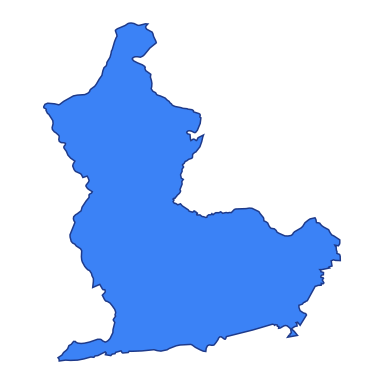 outline of Bozioru, Buzau, Romania
{"feature_id": "2599482B64947302268999", "entity_name": "Bozioru", "entity_type": "district", "adm_level": 2, "iso_a3": "ROU", "parent_name": "Romania", "parent_adm1": "Buzau", "projection": "robinson", "projection_center": [26.468, 45.407], "detail": "fine", "context": "isolated", "style": "filled", "palette": "blue", "viewbox_px": 384, "rotation_deg": 0, "n_neighbors": 0, "source": "geoboundaries", "source_scale": "gbopen_adm2", "svg_char_len": 5936}
<svg xmlns="http://www.w3.org/2000/svg" viewBox="0 0 384 384"><path d="M306.5,315.0L305.7,313.6L303.4,312.9L300.1,310.7L299.0,307.6L298.9,305.3L302.4,304.1L303.5,302.6L305.0,302.1L305.1,301.7L307.3,300.7L315.2,286.3L316.6,286.0L317.9,285.4L321.2,285.2L321.3,283.3L322.9,283.9L323.9,282.9L322.3,280.0L323.5,278.3L323.4,278.1L322.9,277.6L321.1,277.5L320.8,276.8L321.2,275.6L321.8,275.1L323.4,274.8L323.5,272.5L320.9,271.7L320.8,270.6L319.9,269.6L321.9,269.6L329.5,268.0L328.7,267.3L329.0,266.9L332.0,266.0L331.2,260.8L333.5,259.8L335.3,260.4L340.3,260.6L340.2,256.4L339.8,254.9L339.5,254.4L336.9,253.4L337.0,251.7L336.4,250.2L336.1,246.7L335.3,246.1L334.8,245.1L338.4,245.8L339.5,244.2L339.8,243.0L339.8,239.9L334.0,236.0L331.7,234.9L330.0,232.5L328.6,229.7L323.6,227.0L321.8,225.7L320.0,223.7L320.0,223.4L318.9,222.9L316.5,222.6L315.9,219.5L315.0,217.8L310.1,218.9L308.4,220.0L305.0,222.7L302.7,226.4L301.0,228.0L294.6,231.7L293.4,232.9L292.6,234.3L291.3,235.4L288.0,236.0L284.9,235.9L278.6,233.1L277.0,232.1L276.1,230.4L274.3,228.8L271.1,228.3L270.3,227.7L269.0,225.9L267.7,223.0L266.2,221.9L263.9,220.8L263.7,218.5L263.4,217.6L259.9,213.3L259.2,212.0L258.4,211.4L252.0,208.3L249.3,208.1L246.1,208.6L235.7,209.0L234.3,209.5L231.3,212.6L229.2,212.5L227.9,212.9L226.1,212.5L222.7,213.3L220.7,211.8L218.9,212.7L215.8,212.7L214.0,213.8L213.4,214.6L212.7,214.6L211.9,213.6L210.9,214.8L208.7,214.8L207.2,216.0L206.9,217.2L205.8,217.5L203.6,216.7L202.0,216.5L200.0,214.9L197.0,215.0L196.7,214.3L197.4,213.4L197.4,213.1L196.6,212.8L196.3,212.2L195.0,211.7L194.7,211.0L193.9,211.0L192.7,212.2L189.2,211.2L188.2,209.8L182.2,205.8L180.5,203.8L177.8,204.8L175.6,203.4L174.4,203.3L173.8,202.6L173.1,201.7L174.0,200.0L173.0,199.1L173.7,198.4L175.1,198.2L175.4,197.3L176.4,196.7L177.0,195.5L179.3,193.4L180.2,192.1L180.6,191.0L180.0,189.8L180.1,189.2L182.1,184.1L181.8,181.5L183.3,179.4L181.3,178.2L180.6,175.2L180.6,174.4L182.1,171.4L182.0,169.3L183.6,167.0L182.5,165.2L182.5,164.7L184.2,163.3L185.2,161.4L186.6,160.9L188.7,159.3L191.8,158.3L192.5,157.3L192.6,154.4L194.7,152.4L195.8,152.0L199.9,146.8L201.7,141.7L202.8,136.9L203.5,135.0L198.1,137.7L196.7,140.4L196.2,140.6L194.5,139.3L193.2,139.1L190.9,140.6L190.5,139.5L190.0,134.5L187.6,133.8L186.7,132.6L186.8,132.0L188.1,130.9L189.1,130.7L191.4,131.1L194.4,132.6L195.2,132.6L195.8,132.2L197.4,130.2L200.2,123.4L200.9,117.8L200.0,117.2L199.9,116.6L200.2,115.3L200.0,114.3L199.0,113.6L193.7,111.9L193.4,111.6L193.4,110.6L192.0,109.7L187.7,109.1L187.1,108.7L182.9,108.3L180.9,107.6L175.2,106.5L173.3,105.7L172.1,105.0L171.5,104.0L169.9,102.7L169.1,101.4L167.3,100.2L165.1,98.0L160.2,95.9L157.5,95.1L156.6,94.5L155.6,92.7L152.9,91.3L151.2,88.8L151.7,86.7L151.9,83.4L151.4,80.5L150.4,77.1L150.8,74.3L145.7,70.6L144.8,68.0L145.2,67.5L144.8,66.5L142.3,64.8L137.4,62.8L133.9,61.0L132.4,59.4L132.3,58.6L132.6,58.1L134.6,56.8L137.3,56.7L140.4,57.2L142.8,56.1L144.4,54.7L149.9,48.0L156.3,42.8L155.9,41.3L153.6,36.5L152.9,33.7L152.1,32.1L146.7,29.2L145.9,27.9L145.6,27.0L146.0,26.0L147.8,24.0L145.4,23.8L139.1,25.4L137.8,25.3L134.0,23.5L131.1,23.0L129.1,23.2L127.9,23.6L125.1,25.5L117.3,28.8L115.5,30.2L115.4,30.8L116.8,34.7L117.0,36.3L116.0,38.0L114.6,41.5L112.2,49.7L111.4,51.1L111.1,53.3L110.0,57.3L106.9,62.4L106.8,63.9L106.3,65.7L104.0,67.7L102.9,70.7L101.9,75.4L99.3,79.0L96.3,84.2L94.7,86.3L91.0,89.0L90.1,90.0L89.5,91.7L87.9,93.2L84.8,94.6L77.4,95.1L73.4,95.9L63.6,101.4L59.6,104.5L58.7,104.8L54.6,103.8L47.7,103.2L45.0,104.3L43.8,106.5L43.7,107.1L43.9,107.8L45.9,108.9L46.3,109.6L46.0,110.4L47.5,113.4L48.8,114.3L52.8,120.6L53.1,123.7L52.1,127.6L52.4,129.5L54.3,131.8L55.8,132.7L58.7,135.3L59.1,136.1L59.2,136.8L58.8,139.5L59.3,141.4L61.2,142.6L64.2,142.8L65.5,143.4L65.3,144.8L64.1,146.2L63.8,147.1L64.1,148.2L66.4,151.4L67.9,155.1L70.7,158.2L74.9,161.1L73.2,164.0L72.7,166.0L74.1,169.6L75.5,171.4L80.2,173.5L81.3,174.4L82.9,177.5L87.1,176.1L88.0,177.6L89.1,180.5L88.5,182.0L86.0,185.3L86.0,186.3L87.2,188.1L88.3,189.2L92.3,191.7L91.5,193.1L89.6,194.1L89.0,194.9L89.1,197.4L86.1,201.0L82.1,207.1L81.1,210.8L77.2,213.8L75.5,214.8L73.7,216.7L73.4,218.6L73.6,219.7L74.1,221.0L74.8,221.9L74.9,222.6L70.0,234.8L70.1,237.1L71.2,241.3L72.6,243.0L74.8,244.1L76.3,246.0L80.5,248.7L81.7,250.7L81.4,256.8L81.7,259.8L82.3,261.9L84.7,266.3L85.9,267.8L87.7,269.7L89.6,270.6L91.5,273.5L92.0,275.7L93.4,278.5L93.4,281.3L92.7,287.5L99.8,284.4L102.3,288.8L103.1,289.7L104.8,289.7L105.3,291.2L104.9,292.5L102.3,295.2L104.6,299.7L105.7,301.0L107.5,301.5L110.0,303.0L112.1,305.6L114.7,309.3L115.5,311.6L115.7,312.7L115.0,314.9L115.6,316.1L113.3,319.5L113.4,320.3L114.8,322.4L113.0,329.6L112.9,332.6L110.0,338.6L108.1,340.6L106.8,341.5L105.2,342.1L102.7,340.9L101.2,339.6L100.3,339.3L97.5,339.3L89.7,342.0L84.4,343.2L81.1,343.5L77.7,343.1L75.9,342.2L75.4,341.5L73.6,341.4L71.3,344.3L68.9,345.6L67.7,348.7L66.4,350.2L63.6,352.5L61.9,355.1L58.0,357.7L59.1,359.2L59.2,361.0L65.6,360.1L70.6,360.4L77.6,360.1L83.9,358.9L90.8,357.0L93.9,357.3L95.1,355.9L97.8,355.6L105.2,351.9L106.0,352.6L106.2,353.2L105.5,354.0L105.4,354.7L110.8,355.6L112.2,354.1L115.0,353.7L115.6,352.4L120.8,350.9L121.2,351.0L122.0,352.5L122.7,353.0L128.2,352.5L129.2,351.2L131.8,351.3L141.9,350.9L154.0,349.7L157.1,350.6L160.9,351.1L167.1,349.8L169.2,348.5L176.2,345.8L180.0,345.0L190.9,344.4L192.4,345.1L195.3,347.3L200.1,349.8L203.1,351.1L205.8,351.5L206.2,348.3L207.5,345.7L209.4,344.9L211.9,345.3L213.7,345.1L214.2,344.8L216.1,342.4L218.0,339.6L218.5,338.2L219.7,336.9L221.2,336.8L224.4,339.1L225.2,339.2L225.7,338.6L226.4,336.6L252.7,330.0L272.4,324.2L274.1,324.6L274.6,325.3L275.6,324.6L277.3,325.1L277.4,326.3L278.8,326.6L278.6,328.3L280.3,328.0L283.7,326.0L285.3,325.5L287.1,325.8L289.9,328.1L290.7,329.3L291.3,332.8L290.1,333.8L290.0,334.9L288.9,335.3L287.6,337.2L297.5,335.4L294.2,331.3L291.4,328.8L294.8,326.5L297.1,326.0L296.8,323.7L296.0,322.6L297.6,322.2L300.1,325.3L306.5,315.0Z" fill="#3b82f6" stroke="#1e3a8a" stroke-width="1.5"/></svg>